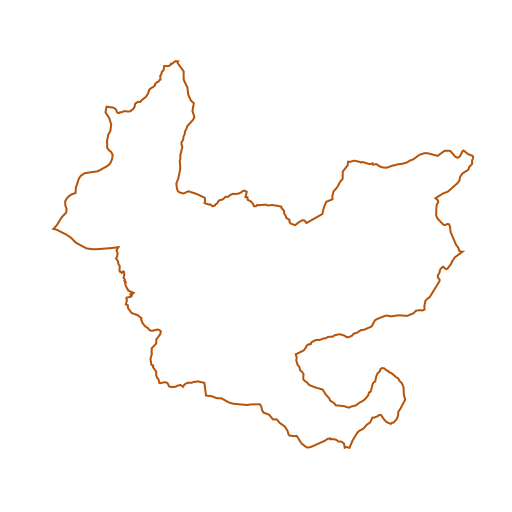 Santiago, Morona Santiago, Ecuador (Albers equal-area conic projection), rotated 187°
{"feature_id": "8360857B27745190393271", "entity_name": "Santiago", "entity_type": "district", "adm_level": 2, "iso_a3": "ECU", "parent_name": "Ecuador", "parent_adm1": "Morona Santiago", "projection": "albers", "projection_center": [-78.365, -2.749], "detail": "fine", "context": "isolated", "style": "outline", "palette": "amber", "viewbox_px": 512, "rotation_deg": 187, "n_neighbors": 0, "source": "geoboundaries", "source_scale": "gbopen_adm2", "svg_char_len": 6057}
<svg xmlns="http://www.w3.org/2000/svg" viewBox="0 0 512 512"><g transform="rotate(187 256 256)"><path d="M99.1,107.5L96.4,111.4L95.5,115.0L95.7,119.0L94.2,121.7L90.4,131.6L92.3,136.1L93.5,143.5L95.6,147.4L98.6,149.7L99.8,151.8L102.3,152.9L107.4,156.4L109.6,156.7L110.7,158.0L112.2,158.2L115.1,160.1L117.3,160.1L118.8,158.8L119.0,156.7L121.1,154.2L122.0,151.0L122.4,146.0L123.9,144.7L124.6,143.3L125.6,135.3L127.1,134.5L127.7,131.4L129.6,128.2L132.0,125.4L136.0,122.6L138.6,119.9L143.5,118.0L145.2,116.8L150.7,117.7L158.6,117.5L160.4,119.4L164.8,121.5L166.1,123.8L169.8,126.9L173.6,131.6L181.5,132.8L187.5,134.5L189.7,136.5L193.5,138.7L194.3,140.4L194.4,144.5L196.2,146.7L198.1,147.8L199.3,150.9L201.6,153.2L203.4,157.6L203.1,159.8L204.6,163.3L197.2,168.0L195.3,171.2L194.7,173.4L192.7,174.9L191.4,174.9L190.7,175.5L190.7,176.6L190.0,177.5L186.6,179.7L184.2,180.4L182.8,180.3L178.7,182.5L177.5,182.5L174.5,184.5L170.0,185.3L168.0,187.1L163.2,188.6L158.2,187.7L157.0,186.7L155.6,186.8L154.9,186.4L152.6,187.6L150.8,188.7L149.6,190.8L146.6,192.1L142.8,195.2L139.7,196.0L132.6,200.2L130.1,206.7L128.0,208.3L121.8,211.7L119.4,212.8L114.1,212.6L107.6,214.5L98.8,215.0L92.9,218.2L90.5,221.2L87.7,222.0L84.0,222.3L82.2,223.4L82.8,227.0L82.4,232.1L80.4,234.9L78.7,236.1L70.8,253.4L70.9,255.0L72.8,256.7L73.2,258.7L71.8,262.0L71.7,264.3L71.1,265.8L69.1,268.2L66.0,266.2L65.4,266.1L64.4,266.8L61.4,272.0L60.6,274.8L58.3,279.1L51.6,285.4L53.3,285.3L54.8,285.8L56.1,288.7L58.9,291.7L65.8,303.5L66.9,308.5L68.2,311.0L70.0,311.1L71.8,309.8L73.8,309.9L79.5,314.5L81.3,316.6L82.2,318.4L82.8,325.5L82.8,329.4L81.7,331.7L81.9,332.7L82.9,334.0L84.9,335.2L78.2,340.7L73.1,343.5L64.8,353.0L63.3,355.8L63.1,359.5L61.1,363.1L55.8,367.5L55.1,370.5L52.7,373.8L53.2,376.7L52.4,380.3L53.2,381.8L58.0,383.0L62.8,386.0L63.8,385.2L65.7,379.8L67.2,378.5L68.6,378.1L70.3,378.8L75.8,383.8L77.7,384.0L81.8,383.3L87.9,377.5L97.8,378.9L101.3,378.6L106.1,376.4L111.6,371.1L114.5,369.7L117.8,367.1L121.7,365.5L127.4,364.0L129.3,362.8L130.6,362.8L136.9,359.6L140.6,359.3L143.7,359.8L147.6,361.8L151.0,361.0L151.7,362.2L153.8,361.0L162.0,362.3L163.1,361.5L164.2,362.0L170.0,362.6L174.2,360.9L176.1,360.8L176.1,357.2L180.2,350.3L179.4,343.2L181.6,339.8L183.8,334.0L186.8,329.8L187.5,325.2L187.0,321.6L192.8,318.4L194.5,312.6L195.3,305.7L209.9,294.9L212.1,297.1L214.1,297.3L217.8,294.6L220.8,291.4L225.0,292.2L226.8,293.5L227.3,296.1L230.5,297.4L231.7,300.0L233.1,301.3L233.8,304.3L236.7,307.0L236.7,307.9L237.4,308.2L245.7,308.6L250.7,307.6L252.5,308.2L259.7,306.7L261.0,306.9L262.2,305.3L264.2,305.2L265.0,307.0L267.8,309.6L271.1,310.7L271.6,313.2L273.6,313.1L273.0,318.5L275.4,319.6L277.6,318.4L278.1,317.6L280.5,316.0L284.5,314.9L286.2,315.0L288.6,313.7L291.1,311.3L293.6,311.0L294.8,309.2L296.4,307.8L299.0,307.0L300.2,305.5L300.9,303.5L302.6,302.1L302.9,301.1L305.2,300.1L307.6,301.6L308.9,301.3L313.5,302.2L313.3,305.2L314.1,307.6L322.7,310.4L331.1,312.0L335.2,309.4L336.2,309.2L340.0,309.9L341.6,311.1L342.7,313.3L343.9,318.1L342.6,323.3L341.8,333.6L343.3,341.2L342.9,343.3L343.4,346.7L342.4,355.2L343.7,358.2L343.7,359.8L342.5,362.7L342.5,365.8L341.5,368.5L341.8,370.4L340.5,373.9L340.2,376.3L335.6,382.7L334.2,385.6L334.2,386.7L336.8,392.3L336.3,400.0L339.7,402.5L343.0,408.1L344.7,415.1L348.5,420.8L349.4,423.0L350.3,430.4L357.2,437.9L357.6,438.7L357.1,439.7L359.7,439.6L362.7,436.6L363.8,436.6L364.0,435.5L365.8,433.9L370.3,433.3L370.4,429.2L372.0,427.0L372.1,424.7L373.0,423.0L372.3,419.4L373.2,418.9L374.0,417.2L375.1,416.7L377.0,414.6L377.2,412.9L378.8,411.0L379.7,410.6L382.2,408.2L383.0,403.9L384.7,400.5L388.6,396.6L389.6,394.8L391.9,394.7L394.5,392.4L394.7,389.2L396.1,386.5L397.6,385.4L398.1,384.4L400.6,383.8L404.2,383.8L407.7,382.0L408.6,382.0L409.3,381.2L410.5,381.2L411.5,381.8L412.7,384.2L414.8,385.5L415.9,385.9L422.5,386.0L422.9,380.3L418.4,374.9L415.7,368.7L415.8,362.4L417.4,358.4L417.9,350.8L417.3,349.3L417.0,345.5L415.3,343.4L412.5,341.6L410.6,339.0L410.6,335.1L411.6,331.1L412.9,328.9L415.3,326.6L423.4,320.8L435.9,317.4L439.6,314.4L441.3,311.1L443.1,301.9L442.8,296.5L446.5,294.7L449.1,292.4L450.7,290.3L452.1,287.1L451.5,283.3L449.7,279.5L449.7,275.9L453.5,270.9L457.5,262.2L460.4,258.2L457.1,257.8L446.8,254.1L441.9,251.6L436.3,247.2L425.2,242.9L419.0,242.8L414.5,243.4L400.2,246.3L393.6,248.0L395.2,244.8L393.6,241.6L393.9,238.2L394.6,236.5L392.2,233.8L391.8,231.8L390.0,229.3L389.7,224.7L388.8,223.6L388.4,223.9L387.1,222.9L385.8,224.6L385.2,224.2L384.4,221.9L384.8,218.1L383.7,217.3L383.2,216.2L383.6,215.4L382.6,214.7L382.8,214.0L382.0,213.7L382.4,212.2L382.0,211.2L380.0,208.0L378.6,206.7L378.6,206.1L372.9,204.5L373.4,203.8L375.3,203.5L376.1,202.7L375.9,202.2L374.5,202.1L374.5,201.3L375.2,200.3L379.4,198.9L379.6,198.3L378.7,196.2L379.3,192.1L377.1,191.4L377.0,189.6L376.3,188.2L372.4,184.2L366.4,182.9L362.3,180.5L362.0,180.1L362.3,178.8L360.2,175.4L357.5,172.7L354.1,171.0L353.1,169.8L351.1,169.0L349.6,169.2L344.5,171.1L342.3,170.4L341.3,169.5L341.5,166.7L344.8,161.0L344.4,157.0L348.4,151.4L347.9,149.8L348.1,147.9L347.4,146.6L348.2,141.0L346.8,135.9L346.1,135.0L344.6,134.7L344.7,133.0L341.0,129.2L340.6,125.7L339.3,123.0L338.4,122.5L337.6,121.3L336.5,118.3L335.6,118.1L331.6,119.5L329.6,119.6L328.2,118.9L326.4,116.0L323.7,115.6L320.0,116.4L317.9,117.8L315.2,118.8L312.5,117.3L311.6,119.3L310.0,120.9L307.7,122.0L304.6,122.3L302.3,123.6L300.1,123.8L298.8,124.5L291.8,123.8L288.6,111.4L282.6,111.4L277.9,110.1L272.9,110.5L265.0,107.3L260.7,106.6L246.6,107.0L243.8,107.9L234.1,109.3L232.4,107.3L231.3,104.1L229.7,101.6L223.5,100.0L219.3,95.9L215.3,96.3L212.1,93.2L206.8,90.4L203.5,86.5L202.0,82.9L200.9,81.9L196.8,81.8L193.6,82.4L188.0,75.5L182.6,72.3L180.5,72.3L178.1,73.2L165.0,81.1L162.9,83.1L160.2,84.0L159.7,83.1L158.4,83.6L154.3,83.5L151.6,81.9L148.7,82.2L145.8,80.6L144.6,76.5L143.2,77.4L139.9,77.0L137.6,84.7L133.9,93.0L132.3,95.0L128.4,97.7L125.4,102.1L122.4,104.7L120.8,109.8L119.3,109.9L115.7,111.8L114.6,113.1L112.6,113.4L108.9,109.3L106.0,107.0L101.8,105.8L100.7,107.0L99.1,107.5Z" fill="none" stroke="#b45309" stroke-width="2"/></g></svg>